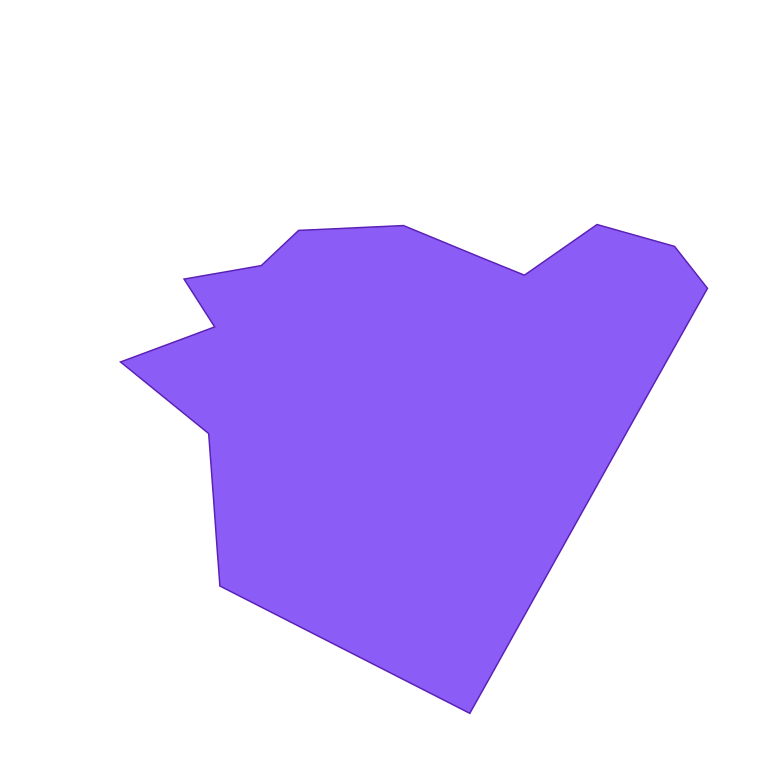 outline of 25 de Mayo, Río Negro, Argentina, rotated 27°
{"feature_id": "61730980B23941823928589", "entity_name": "25 de Mayo", "entity_type": "district", "adm_level": 2, "iso_a3": "ARG", "parent_name": "Argentina", "parent_adm1": "Río Negro", "projection": "robinson", "projection_center": [-69.008, -41.037], "detail": "fine", "context": "isolated", "style": "filled", "palette": "violet", "viewbox_px": 768, "rotation_deg": 27, "n_neighbors": 0, "source": "geoboundaries", "source_scale": "gbopen_adm2", "svg_char_len": 602}
<svg xmlns="http://www.w3.org/2000/svg" viewBox="0 0 768 768"><g transform="rotate(27 384 384)"><path d="M329.5,638.5L337.3,638.5L341.1,638.5L544.7,638.5L610.0,638.5L610.0,638.4L610.0,637.6L610.0,637.2L611.5,599.2L612.1,583.1L613.6,542.6L613.9,534.4L621.4,337.0L622.3,313.7L623.4,285.7L628.8,151.9L580.4,129.5L501.4,145.2L459.7,223.3L413.3,227.3L329.4,234.0L238.2,285.9L229.0,311.6L221.3,333.1L220.9,334.2L158.2,381.3L207.2,410.0L197.2,420.9L139.2,484.0L229.0,503.2L250.0,507.7L250.3,507.8L286.3,567.1L313.4,612.0L318.3,620.0L329.5,638.5Z" fill="#8b5cf6" stroke="#5b21b6" stroke-width="1.5"/></g></svg>